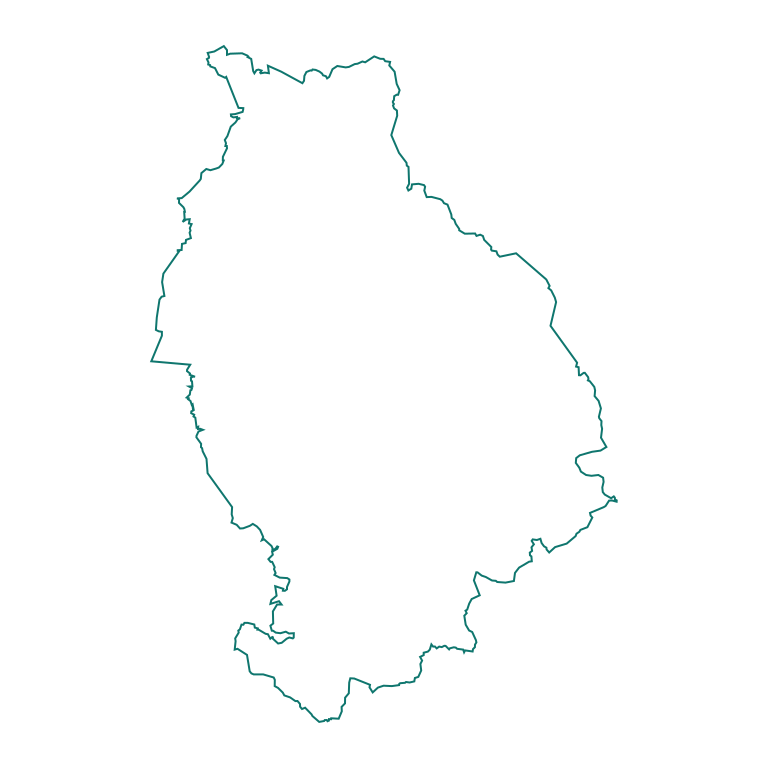 outline of Charo, Michoacán, Mexico
{"feature_id": "50627088B3095160653206", "entity_name": "Charo", "entity_type": "district", "adm_level": 2, "iso_a3": "MEX", "parent_name": "Mexico", "parent_adm1": "Michoacán", "projection": "albers", "projection_center": [-101.029, 19.669], "detail": "fine", "context": "isolated", "style": "outline", "palette": "teal", "viewbox_px": 768, "rotation_deg": 0, "n_neighbors": 0, "source": "geoboundaries", "source_scale": "gbopen_adm2", "svg_char_len": 6060}
<svg xmlns="http://www.w3.org/2000/svg" viewBox="0 0 768 768"><path d="M589.8,381.2L587.9,380.4L588.5,379.1L588.1,377.1L584.8,372.8L583.6,372.9L580.4,375.3L579.0,375.2L578.6,367.2L576.1,366.6L577.1,362.7L550.5,325.8L556.1,302.1L554.8,297.6L551.2,290.4L548.4,288.1L549.6,285.9L546.3,279.5L516.1,253.3L499.8,256.7L497.6,254.6L496.4,251.3L491.8,250.6L491.1,249.6L491.3,247.0L484.2,239.9L482.9,236.0L480.2,234.7L476.5,235.9L475.1,233.5L464.8,233.7L459.2,230.3L459.2,228.9L455.7,223.8L454.3,219.9L451.7,218.0L451.3,214.5L447.5,204.6L444.0,203.2L442.4,200.6L440.3,199.2L431.5,196.9L426.7,197.1L424.3,190.6L425.1,186.7L424.0,185.1L418.6,183.8L412.0,184.4L411.3,188.7L408.4,190.5L407.1,187.7L409.1,183.8L408.5,166.9L406.8,165.6L406.5,162.8L399.0,152.9L391.3,135.1L397.2,115.7L396.9,110.5L394.1,108.4L393.0,105.5L393.9,104.0L392.9,102.6L392.9,101.3L393.9,100.1L394.2,96.2L396.7,94.7L398.1,94.8L399.6,90.2L396.7,83.9L394.6,71.7L389.3,65.5L390.1,61.9L385.2,61.2L383.6,58.9L380.2,58.8L374.2,56.4L365.2,62.3L362.4,61.5L357.6,63.7L354.7,64.1L349.0,66.9L345.7,67.4L337.3,66.0L332.5,69.2L329.2,76.9L327.1,78.4L325.9,76.2L323.0,75.3L322.1,73.6L319.5,71.6L315.7,69.9L312.5,69.5L311.7,70.6L310.4,70.4L306.4,72.0L304.4,75.9L304.0,80.8L302.4,83.2L281.3,71.7L267.9,65.7L268.9,73.2L264.8,72.6L260.7,73.3L260.2,72.6L261.6,70.6L258.5,69.6L256.5,70.1L254.4,73.3L253.2,71.1L251.2,58.9L247.7,57.1L248.3,56.5L247.4,55.6L242.1,53.3L230.2,53.7L227.0,54.8L227.0,50.1L223.8,46.1L214.3,51.5L207.7,52.9L209.1,57.0L208.9,57.9L206.9,59.1L208.5,62.4L208.2,64.5L210.1,65.1L210.3,66.4L215.0,68.1L218.3,74.6L225.1,77.8L226.2,76.9L238.5,107.9L243.3,108.1L243.2,109.5L242.6,111.9L235.1,114.1L230.9,114.4L231.1,116.2L233.4,117.4L237.0,116.9L236.9,118.2L240.1,118.2L237.6,119.3L235.4,122.5L230.8,126.6L227.4,136.1L224.8,140.0L226.0,143.2L225.4,146.0L226.8,146.0L227.0,148.3L222.9,156.8L222.8,160.4L223.7,160.5L222.3,164.0L218.9,167.5L216.2,168.5L210.4,170.2L206.3,169.0L201.4,173.1L200.8,178.9L199.7,180.5L189.5,191.6L181.7,198.1L177.0,198.4L179.1,199.2L179.0,202.9L183.4,207.2L184.3,208.9L184.9,211.8L184.2,211.9L184.7,219.9L183.9,219.8L182.7,221.9L186.3,219.5L189.7,219.2L188.9,223.5L191.6,224.1L189.8,228.2L190.5,230.6L189.6,232.7L190.9,238.1L186.0,239.9L185.6,243.1L182.0,243.9L181.6,250.0L177.7,250.2L177.7,250.8L179.4,250.9L163.4,273.6L162.1,282.1L164.4,296.0L161.6,296.7L159.5,299.6L156.8,317.4L155.9,329.9L158.7,331.3L161.9,331.8L161.9,335.7L151.3,361.3L190.2,364.7L187.1,369.7L187.0,371.1L190.0,373.5L189.7,374.8L195.0,376.7L190.5,376.7L191.9,377.2L190.9,377.8L191.0,380.7L192.0,381.3L192.4,386.3L189.0,386.5L192.0,388.2L191.4,390.0L190.4,390.3L189.8,394.6L186.7,397.6L188.7,398.3L188.1,399.2L190.5,401.0L191.8,405.0L192.6,404.3L193.9,410.8L193.0,409.6L193.1,410.5L191.3,411.4L191.2,413.2L194.2,414.7L193.5,416.5L195.3,417.6L196.6,427.6L198.2,426.8L198.0,429.0L200.2,428.8L202.9,429.8L198.5,431.5L196.5,435.8L196.4,437.3L201.1,443.8L201.0,447.2L202.1,448.2L202.7,451.3L206.5,458.9L207.6,473.2L232.1,507.1L231.7,514.4L232.8,518.1L231.5,522.6L236.7,524.8L240.0,528.5L243.2,528.3L249.9,525.8L252.8,523.9L256.8,526.4L260.1,529.9L263.2,537.0L261.8,540.3L264.1,539.3L271.5,546.0L272.5,548.1L272.4,549.7L275.2,549.0L277.2,546.4L278.1,546.8L277.3,548.8L272.1,551.7L272.8,554.7L268.4,559.1L270.6,561.9L272.2,561.9L274.7,567.2L274.0,569.1L275.6,573.0L274.4,574.9L279.7,577.6L287.3,578.1L289.4,579.5L289.4,581.5L287.0,587.0L287.0,589.3L284.9,590.8L282.9,590.7L283.3,588.8L275.2,586.2L276.6,595.7L271.3,600.1L270.4,603.9L279.0,601.2L281.5,604.5L277.1,604.5L272.9,611.4L273.2,623.5L270.4,625.7L271.8,630.7L273.2,630.8L275.7,632.6L280.4,633.2L285.8,631.7L289.0,633.5L293.8,633.2L293.7,637.6L292.8,638.4L289.3,637.5L286.7,638.7L281.7,642.8L278.1,643.5L272.9,638.7L272.9,637.3L272.3,637.0L270.3,638.7L267.9,634.2L265.6,633.8L258.7,629.7L257.4,629.6L257.8,628.4L254.8,627.6L254.3,624.5L247.9,622.9L244.4,622.9L243.4,624.7L241.5,624.6L239.9,629.3L238.3,630.6L238.7,632.6L235.2,638.4L235.6,641.2L234.7,649.6L237.5,648.8L247.0,654.9L249.7,671.3L251.4,673.4L253.7,674.4L263.2,674.4L273.7,677.5L274.8,679.8L274.7,686.1L278.0,687.9L282.8,692.6L284.3,695.4L290.1,697.4L295.4,701.1L297.5,701.0L300.0,704.0L300.1,706.7L302.0,709.0L305.1,707.7L311.6,714.4L312.4,716.0L319.2,721.9L324.1,721.0L324.7,720.1L326.8,720.0L327.5,721.2L328.9,720.6L329.0,719.1L331.1,719.2L331.2,718.3L338.7,718.7L341.8,711.3L341.6,706.9L345.0,703.4L345.1,697.7L348.8,693.3L349.2,682.6L350.3,678.3L354.2,678.5L370.0,684.8L369.5,687.3L372.7,692.4L377.9,687.6L383.6,685.7L391.8,686.1L399.1,685.1L399.3,683.8L400.2,683.2L405.0,682.8L406.0,682.0L409.6,682.5L414.3,681.4L414.9,678.0L418.3,676.9L421.2,670.5L420.4,664.0L422.1,660.6L420.1,656.9L423.7,655.1L423.7,652.7L427.9,651.6L429.8,649.6L431.4,644.4L433.1,646.6L434.9,646.5L436.7,648.4L439.2,646.6L441.8,647.1L444.3,645.8L445.6,645.9L449.1,649.4L449.9,648.3L453.8,647.3L455.8,647.6L457.1,648.8L463.2,649.6L464.1,652.3L465.1,650.4L472.6,651.5L473.0,649.1L474.9,647.2L475.0,644.6L476.4,642.4L475.9,640.1L472.2,632.0L469.1,630.5L465.7,624.7L464.3,615.7L466.7,613.2L465.5,610.7L467.2,609.6L469.2,603.6L471.7,599.0L479.7,595.3L473.9,580.4L476.3,572.3L477.6,572.4L481.7,575.6L485.8,577.0L492.0,580.5L495.8,580.8L497.2,582.0L505.5,582.6L513.9,581.0L515.0,572.9L519.1,567.6L529.1,561.7L531.8,561.3L531.4,556.4L530.0,555.3L529.8,552.6L532.1,550.9L531.5,547.3L533.9,544.3L531.7,540.9L532.7,539.4L536.9,540.0L540.4,538.8L541.6,543.0L544.0,546.3L546.4,547.7L546.6,549.5L549.2,552.5L555.1,547.1L566.7,543.6L575.6,536.1L576.5,533.7L579.3,531.8L580.4,529.9L587.4,527.2L592.3,517.5L590.6,515.6L590.0,512.9L603.8,507.1L605.6,506.0L609.1,500.6L612.1,500.5L616.6,501.7L616.7,500.4L615.0,499.5L614.8,497.6L613.8,496.4L611.1,498.2L604.8,494.6L602.8,492.1L602.3,487.5L603.6,481.9L603.1,477.7L598.4,475.0L591.5,475.8L586.1,475.0L580.9,471.6L579.3,467.7L575.8,462.9L576.2,458.1L579.8,455.3L592.0,451.8L600.5,450.6L606.4,447.0L601.0,437.7L602.1,428.8L601.3,425.1L601.5,421.1L599.3,418.3L598.9,416.8L600.9,408.4L598.6,400.9L594.6,396.1L595.1,390.4L594.3,386.9L589.8,381.2Z" fill="none" stroke="#0f766e" stroke-width="2"/></svg>